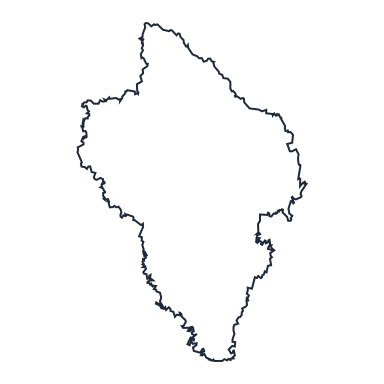 outline of Rangpur, Rangpur, Bangladesh
{"feature_id": "16705992B34260815515495", "entity_name": "Rangpur", "entity_type": "district", "adm_level": 2, "iso_a3": "BGD", "parent_name": "Bangladesh", "parent_adm1": "Rangpur", "projection": "equal_earth", "projection_center": [89.232, 25.633], "detail": "fine", "context": "isolated", "style": "outline", "palette": "slate", "viewbox_px": 384, "rotation_deg": 0, "n_neighbors": 0, "source": "geoboundaries", "source_scale": "gbopen_adm2", "svg_char_len": 5976}
<svg xmlns="http://www.w3.org/2000/svg" viewBox="0 0 384 384"><path d="M210.0,359.9L212.3,360.7L213.5,359.6L214.4,361.0L222.4,360.9L224.3,359.2L227.3,360.3L228.3,359.0L230.5,360.0L230.6,358.7L233.5,358.4L232.7,357.2L234.8,355.6L233.9,350.6L233.2,350.8L232.9,352.6L231.1,353.4L228.7,349.5L232.3,345.9L234.8,346.5L235.2,342.1L232.5,341.8L232.6,339.1L234.4,333.9L233.5,330.3L233.6,326.7L234.2,324.9L238.1,323.6L236.5,320.6L238.4,317.5L240.1,317.0L241.7,314.9L241.8,312.2L243.0,310.8L242.2,308.5L245.8,306.6L247.0,304.9L246.6,301.2L248.2,300.5L247.5,299.2L246.6,299.7L246.8,297.6L247.9,297.8L248.9,295.4L246.8,293.6L247.8,290.5L247.7,287.7L251.9,288.7L254.9,277.2L257.0,278.0L258.3,276.0L260.9,278.1L262.1,277.1L262.3,275.2L263.9,274.4L264.8,271.4L266.5,272.3L267.9,265.8L271.1,265.2L270.0,258.7L271.9,257.2L270.7,255.9L270.2,253.1L274.2,250.3L271.9,248.2L271.6,249.9L268.0,248.9L268.4,247.1L271.1,246.3L271.5,245.3L269.4,245.5L270.1,243.9L269.5,239.8L268.5,240.3L267.9,242.4L265.9,243.2L265.8,241.0L264.9,240.5L262.1,244.8L261.0,244.2L261.5,241.9L259.7,240.9L257.2,242.9L256.1,241.9L256.4,239.5L257.3,241.1L259.6,238.2L257.3,237.9L257.0,235.3L260.1,234.2L259.5,233.2L256.9,233.8L258.4,232.4L258.0,224.0L260.0,220.9L260.0,214.5L267.3,214.9L268.1,212.7L269.2,213.3L269.4,216.1L271.3,216.5L273.6,213.6L275.7,213.8L275.7,212.7L277.2,212.9L277.8,211.0L279.0,211.5L279.4,210.0L281.6,210.3L282.0,209.3L282.9,209.7L282.6,212.4L287.1,216.9L288.2,220.8L290.7,220.7L291.3,219.4L290.7,218.4L292.3,215.8L289.3,213.5L288.5,208.7L290.8,201.2L292.0,200.9L293.2,203.4L294.0,202.8L291.8,197.4L292.3,196.8L294.2,198.9L296.0,199.4L301.2,197.0L301.5,195.8L300.5,194.0L301.4,191.4L306.5,183.8L305.4,183.4L304.5,180.8L304.6,183.9L302.8,182.8L300.0,186.3L300.2,178.9L299.6,178.3L298.3,179.1L298.3,178.4L300.4,166.0L300.3,165.0L299.0,164.8L298.4,162.5L298.0,158.3L298.6,154.5L296.0,149.3L291.8,151.4L289.8,151.2L287.2,144.0L292.2,142.7L293.0,134.8L290.4,132.0L288.0,132.2L287.8,130.5L285.5,131.0L284.8,128.1L285.2,126.3L281.2,119.0L281.3,117.8L280.4,117.7L278.8,114.4L277.0,115.7L277.5,114.8L277.0,114.1L275.9,115.6L274.2,113.5L272.8,115.4L272.6,114.0L266.2,113.3L266.2,109.9L262.2,111.3L258.3,109.5L249.6,108.4L244.2,102.3L243.9,98.6L242.7,98.0L240.7,98.9L237.3,96.4L235.2,96.7L234.8,96.0L235.8,94.6L235.2,93.2L233.2,91.0L231.9,91.4L230.3,88.5L230.4,82.0L227.8,78.7L223.4,78.1L222.2,74.8L219.3,73.7L218.6,71.4L214.5,66.7L213.1,62.1L213.9,62.0L214.0,61.9L211.6,61.2L210.3,58.7L208.1,58.7L206.7,60.8L203.8,61.7L201.7,58.1L199.2,58.3L197.4,56.4L192.6,54.4L188.3,48.1L187.9,45.2L187.1,46.7L186.1,46.6L183.9,42.9L183.5,40.0L180.5,37.0L179.6,33.8L178.2,33.4L176.5,35.3L172.0,30.4L170.4,30.1L169.2,31.2L163.0,29.8L157.5,24.4L155.0,25.0L154.1,24.3L151.3,26.3L148.3,23.4L145.9,23.0L144.6,24.1L145.2,27.5L142.7,34.0L142.5,36.9L139.5,38.6L141.9,40.4L142.5,39.0L143.3,39.3L141.8,42.7L142.0,43.5L142.8,43.2L143.1,45.1L141.8,48.3L143.0,50.3L140.8,54.1L141.4,58.1L142.5,57.5L143.8,58.5L146.2,63.7L147.8,63.9L147.3,66.2L142.7,69.4L143.1,73.3L140.3,76.1L141.9,81.4L136.9,84.2L137.2,90.9L138.4,92.7L138.1,93.9L137.4,93.0L135.2,94.2L134.7,91.5L127.3,90.2L126.7,91.3L125.3,91.4L125.2,93.4L122.3,96.5L122.3,98.0L120.1,101.1L120.3,99.1L118.3,99.5L116.3,98.0L109.4,98.8L109.1,97.5L106.4,100.3L104.6,99.5L105.7,101.2L102.7,101.6L100.2,100.2L98.5,103.7L93.8,103.7L90.8,100.6L87.6,100.4L86.6,102.3L84.4,102.4L82.3,104.1L83.1,104.9L82.0,106.3L83.9,107.4L85.9,105.7L86.7,106.1L87.5,109.9L89.0,111.4L86.9,113.4L89.2,113.9L89.4,115.3L87.5,117.5L87.7,118.4L84.9,118.5L84.0,121.1L83.3,120.0L82.7,123.6L83.5,123.9L83.3,125.6L81.4,125.8L81.5,126.7L83.3,126.9L82.5,128.4L83.2,131.4L85.3,131.0L86.3,132.4L86.6,136.4L85.6,136.6L86.7,137.9L85.1,137.2L84.3,138.0L84.5,136.4L83.2,136.8L81.4,141.2L83.5,142.7L83.5,144.4L77.7,147.4L78.1,150.2L77.5,152.2L81.9,162.4L80.9,163.7L81.5,166.5L85.2,167.3L86.9,168.9L88.4,166.5L90.2,166.4L91.6,172.0L95.4,172.9L93.8,177.4L94.9,179.2L96.7,179.8L100.4,177.9L103.0,179.2L102.9,180.7L103.8,181.5L103.1,182.3L104.5,182.3L104.5,183.3L101.6,184.5L101.9,186.5L100.5,187.3L103.3,188.5L103.6,190.3L104.9,191.4L105.0,192.4L103.2,193.0L103.1,195.9L104.6,197.6L103.5,198.6L104.8,199.8L104.9,198.6L105.7,199.7L107.9,199.1L108.5,200.2L107.5,201.4L109.1,201.9L108.8,203.8L109.8,207.3L112.9,207.1L114.3,205.9L116.2,207.3L118.4,206.6L120.7,209.6L121.4,212.7L120.4,214.8L120.7,216.8L122.0,217.7L123.3,215.4L125.0,216.0L125.2,214.2L126.3,215.4L126.8,214.5L132.8,216.5L133.5,217.3L133.3,220.1L134.5,220.0L141.0,225.1L142.9,223.7L143.1,226.9L139.1,236.3L141.9,237.3L141.7,240.6L143.4,241.8L142.3,245.1L143.7,249.4L143.1,251.0L145.7,252.2L143.5,252.3L143.4,253.3L144.3,254.8L145.5,253.2L147.2,256.1L145.8,254.7L144.2,255.0L144.2,255.9L145.7,256.2L145.8,257.8L144.2,258.6L144.1,260.2L143.1,259.3L142.5,262.2L143.7,264.0L142.7,264.5L144.7,265.9L143.1,267.1L145.4,267.2L146.0,268.8L143.3,272.2L144.0,273.6L146.5,274.2L147.3,278.8L148.8,278.2L149.4,275.6L150.5,275.0L149.8,279.2L151.1,278.8L153.1,280.4L150.0,280.5L147.6,281.8L147.4,282.8L149.4,283.1L150.2,284.7L151.2,283.7L152.9,287.2L152.9,285.5L156.0,286.1L153.9,289.1L156.0,289.6L156.6,291.5L160.0,292.7L161.2,297.4L160.0,301.5L161.0,303.4L158.7,304.0L156.3,302.4L155.9,303.7L159.8,305.6L162.0,304.8L163.6,308.0L161.4,307.0L160.8,307.3L161.2,308.1L163.9,308.9L165.3,307.2L166.1,309.9L168.8,307.3L170.5,309.1L170.5,310.9L173.5,311.9L174.9,316.8L176.8,314.7L180.1,315.4L179.6,312.7L180.2,312.9L181.4,314.2L181.9,316.9L185.2,319.8L185.9,321.7L183.5,326.0L181.9,326.1L183.1,327.9L189.1,327.8L189.3,328.9L187.8,330.9L189.0,331.2L191.4,329.8L190.8,327.1L192.2,326.8L193.1,327.7L193.7,331.3L191.6,332.3L192.1,334.0L194.4,335.2L196.9,334.0L192.3,337.6L194.1,339.1L193.7,340.4L190.8,338.0L191.0,336.7L187.5,344.2L189.6,345.2L191.2,341.1L192.8,343.8L196.6,343.3L196.3,345.3L193.0,347.4L193.8,350.9L200.2,352.7L202.4,349.1L203.4,348.8L204.2,351.1L202.9,351.7L200.9,355.1L202.2,355.5L204.3,353.9L206.2,357.6L210.7,359.6L210.0,359.9Z" fill="none" stroke="#1e293b" stroke-width="2"/></svg>